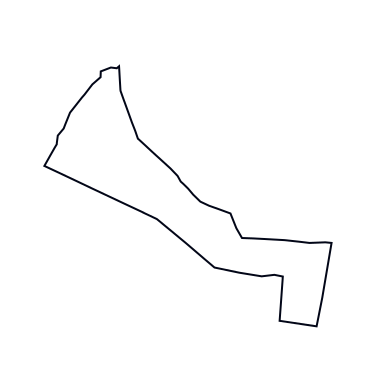 outline of Halac, Chardzhou, Turkmenistan, rotated 282°
{"feature_id": "10190150B91732086642718", "entity_name": "Halac", "entity_type": "district", "adm_level": 2, "iso_a3": "TKM", "parent_name": "Turkmenistan", "parent_adm1": "Chardzhou", "projection": "mercator", "projection_center": [64.556, 37.553], "detail": "fine", "context": "isolated", "style": "outline", "palette": "ink", "viewbox_px": 384, "rotation_deg": 282, "n_neighbors": 0, "source": "geoboundaries", "source_scale": "gbopen_adm2", "svg_char_len": 1111}
<svg xmlns="http://www.w3.org/2000/svg" viewBox="0 0 384 384"><g transform="rotate(282 192 192)"><path d="M174.8,93.0L166.4,128.8L161.8,148.6L161.7,148.6L158.2,163.3L141.1,196.0L129.0,218.2L122.8,229.7L122.9,255.1L124.0,277.7L128.1,289.8L128.2,298.4L124.8,298.9L104.6,301.7L84.2,304.5L86.5,341.8L95.0,341.7L115.8,341.4L118.1,341.3L171.2,339.1L170.5,332.9L166.6,317.5L165.7,307.6L164.2,292.8L161.2,273.4L159.3,261.4L157.4,250.5L157.9,250.0L165.7,243.0L168.8,240.9L179.0,234.1L180.4,224.4L180.7,222.3L182.1,211.6L184.2,202.6L184.4,202.0L189.8,193.5L189.9,193.4L194.5,187.5L198.2,181.7L199.8,178.9L200.2,178.5L204.7,174.6L210.5,166.1L215.6,157.4L220.2,149.5L222.9,144.9L229.9,133.2L232.6,128.6L232.9,128.0L239.9,123.8L242.5,122.1L247.5,118.8L252.5,115.7L266.5,107.0L266.6,106.9L276.0,101.1L277.2,100.7L288.1,97.7L297.7,95.1L299.8,94.5L297.4,92.7L296.9,86.8L291.0,77.7L285.3,78.7L276.6,72.2L276.2,72.0L264.9,66.6L261.5,64.7L244.3,56.2L231.8,54.0L227.4,53.3L219.3,49.0L211.7,49.6L210.6,49.8L206.5,48.4L197.7,45.6L186.8,42.2L183.8,55.1L178.8,76.3L174.8,93.0Z" fill="none" stroke="#020617" stroke-width="2"/></g></svg>